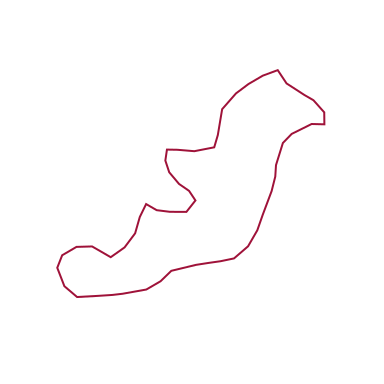 outline of Aloda, Cyprus, rotated 30°
{"feature_id": "46923920B29030775604089", "entity_name": "Aloda", "entity_type": "district", "adm_level": 2, "iso_a3": "CYP", "parent_name": "Cyprus", "parent_adm1": "", "projection": "orthographic", "projection_center": [33.828, 35.211], "detail": "fine", "context": "isolated", "style": "outline", "palette": "rose", "viewbox_px": 384, "rotation_deg": 30, "n_neighbors": 0, "source": "geoboundaries", "source_scale": "gbopen_adm2", "svg_char_len": 801}
<svg xmlns="http://www.w3.org/2000/svg" viewBox="0 0 384 384"><g transform="rotate(30 192 192)"><path d="M272.8,67.2L266.7,56.9L251.3,51.8L241.1,51.8L219.6,50.7L205.3,43.6L195.1,55.9L186.9,70.3L180.8,84.6L176.7,105.2L185.9,129.8L188.9,142.2L173.6,155.5L158.3,162.7L149.1,167.8L153.2,178.1L162.4,186.3L176.7,191.5L188.9,192.5L199.2,197.6L197.1,212.0L182.8,220.2L170.5,225.4L158.3,225.4L159.3,239.8L163.4,256.2L161.3,273.7L154.2,289.1L132.7,289.1L119.4,297.3L111.2,311.7L113.2,325.0L128.6,337.4L145.0,340.4L162.3,329.1L174.6,320.9L182.8,314.8L201.2,299.3L209.4,285.0L213.5,270.6L231.9,253.1L242.1,244.9L251.3,237.7L261.6,228.5L267.7,211.0L267.7,192.5L264.6,176.1L260.5,151.4L256.4,137.0L251.3,126.7L246.2,104.1L249.3,91.8L261.6,73.3L272.8,67.2Z" fill="none" stroke="#9f1239" stroke-width="2"/></g></svg>